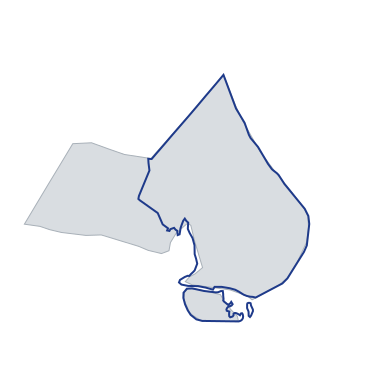 location of Al Jahrah within Kuwait, rotated 122°
{"feature_id": "KWT-1667", "entity_name": "Al Jahrah", "entity_type": "Province", "adm_level": 1, "iso_a3": "KWT", "parent_name": "Kuwait", "parent_adm1": "", "projection": "equal_earth", "projection_center": [47.841, 29.537], "detail": "fine", "context": "in_parent", "style": "outline", "palette": "blue", "viewbox_px": 384, "rotation_deg": 122, "n_neighbors": 0, "source": "natural_earth", "source_scale": "10m", "svg_char_len": 2830}
<svg xmlns="http://www.w3.org/2000/svg" viewBox="0 0 384 384"><g transform="rotate(122 192 192)"><path d="M308.1,317.1L287.0,317.5L260.3,318.0L238.7,318.3L214.2,318.7L203.5,303.3L199.9,286.4L196.0,269.2L185.4,244.6L149.6,238.6L130.6,235.5L99.3,230.8L75.9,227.3L95.7,200.8L104.9,186.6L121.6,155.8L130.1,134.0L138.4,109.7L145.5,90.8L147.0,87.4L151.1,81.0L160.2,74.5L173.3,68.3L195.5,65.6L211.1,65.5L214.6,65.7L224.4,68.8L251.6,83.9L250.9,89.9L254.8,107.7L263.5,127.1L270.7,142.8L271.6,150.2L265.0,149.1L260.0,146.1L250.5,143.0L232.1,163.9L220.9,175.3L220.6,179.2L235.4,183.6L246.3,183.5L254.0,180.4L260.4,185.3L264.7,198.2L266.4,208.7L276.5,246.2L285.0,258.9L295.5,281.3L299.4,292.9L301.7,302.7L308.1,317.1ZM287.5,141.8L280.6,145.4L275.9,143.9L271.4,135.2L264.0,113.6L268.0,105.6L267.9,102.1L268.7,99.5L270.9,97.8L273.3,87.7L276.5,84.6L281.7,91.4L296.3,116.2L296.2,126.4L295.4,130.4L287.5,141.8Z" fill="#d9dde1" stroke="#a8b0b8" stroke-width="1"/><path d="M214.7,65.3L221.7,66.9L247.8,82.1L248.7,84.8L250.0,87.3L251.1,90.4L251.7,93.8L251.7,99.8L252.0,103.6L253.6,109.0L256.8,116.7L260.5,122.6L263.7,122.5L265.8,129.7L268.6,136.9L273.7,145.5L276.1,151.9L275.6,155.1L272.9,155.6L267.9,153.1L265.4,151.3L264.6,149.8L262.2,149.4L259.2,148.6L257.1,148.2L250.0,149.6L246.4,153.2L243.3,156.8L235.9,161.6L230.8,167.1L228.1,172.1L225.5,176.0L220.0,179.0L219.5,181.6L218.4,184.0L221.1,184.2L225.6,183.3L228.9,182.5L231.6,181.3L234.5,180.1L236.1,181.3L232.7,184.0L232.7,185.9L231.9,188.2L234.9,190.6L237.0,190.5L237.2,191.1L237.8,192.7L235.5,193.1L235.0,199.7L228.0,209.9L226.7,231.7L226.3,233.8L223.5,234.9L196.3,239.5L190.4,244.3L187.0,246.7L185.5,243.8L185.4,243.7L178.6,242.7L166.5,240.8L154.4,239.0L142.3,237.1L130.2,235.2L116.7,233.2L103.1,231.3L89.6,229.3L76.0,227.4L79.5,222.8L97.9,198.9L105.5,184.0L113.4,174.0L115.2,170.9L118.8,159.9L127.9,142.4L130.3,136.4L130.6,134.7L131.1,129.9L131.7,127.5L136.2,117.9L146.5,87.5L150.7,80.6L157.0,75.6L176.5,66.3L183.5,65.3L214.7,65.3ZM296.9,128.0L294.6,132.9L290.9,138.4L286.4,143.2L281.9,145.8L281.1,145.7L276.7,145.1L273.7,140.9L269.5,129.2L264.5,118.6L263.8,117.6L263.1,116.7L260.7,115.0L259.7,113.4L262.0,111.5L263.4,110.6L266.1,108.5L267.4,108.1L267.9,107.1L268.6,101.6L266.6,100.7L265.6,100.5L264.5,100.5L264.4,100.5L265.6,98.1L267.4,98.3L270.3,100.5L271.7,100.8L273.3,100.6L274.3,99.6L273.6,97.0L275.8,95.9L277.6,94.6L278.0,93.2L276.1,91.6L274.7,91.4L273.1,92.3L271.9,91.6L271.4,90.6L271.1,88.9L271.0,87.2L271.1,86.0L269.0,86.1L268.7,85.8L268.3,85.3L268.8,84.2L270.3,82.8L272.0,82.0L273.7,81.9L275.4,82.5L277.0,83.8L295.9,115.0L297.7,120.8L296.9,128.0ZM263.7,80.5L262.9,81.4L261.7,83.2L261.2,83.8L257.9,85.8L257.0,86.0L256.1,85.4L255.4,84.3L255.3,83.3L256.9,81.9L259.4,78.1L260.7,77.2L265.5,76.4L267.3,76.6L267.0,78.3L263.7,80.5Z" fill="none" stroke="#1e3a8a" stroke-width="2"/></g></svg>